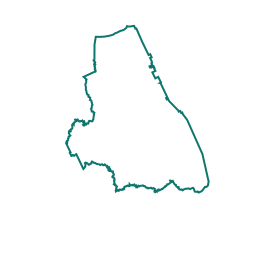 the district of Bellingen, New South Wales, Australia, rotated 236°
{"feature_id": "25037944B1782787006296", "entity_name": "Bellingen", "entity_type": "district", "adm_level": 2, "iso_a3": "AUS", "parent_name": "Australia", "parent_adm1": "New South Wales", "projection": "albers", "projection_center": [152.743, -30.374], "detail": "fine", "context": "isolated", "style": "outline", "palette": "teal", "viewbox_px": 256, "rotation_deg": 236, "n_neighbors": 0, "source": "geoboundaries", "source_scale": "gbopen_adm2", "svg_char_len": 5702}
<svg xmlns="http://www.w3.org/2000/svg" viewBox="0 0 256 256"><g transform="rotate(236 128 128)"><path d="M39.6,165.3L64.7,175.1L101.6,181.6L108.4,181.2L110.5,181.6L110.6,180.5L113.0,180.8L113.2,179.2L114.7,179.4L127.5,177.1L129.8,177.5L130.0,176.1L131.5,176.4L131.2,177.7L147.0,180.1L147.4,179.7L147.3,180.8L153.5,181.6L153.9,178.4L160.5,179.3L160.0,182.6L162.9,183.0L162.8,183.4L165.0,183.8L165.2,182.3L164.9,182.3L165.1,181.1L165.8,181.2L166.0,180.1L167.1,180.3L166.6,183.3L168.5,183.6L168.7,183.9L168.5,184.0L168.6,184.3L169.4,184.5L169.6,184.9L173.7,185.5L173.4,187.1L176.8,187.7L177.0,185.9L191.8,188.0L205.9,190.6L206.4,190.1L206.4,189.7L208.9,190.1L209.0,189.9L209.4,190.0L211.1,186.2L212.2,184.7L213.0,184.1L212.0,182.8L211.7,179.8L212.2,177.5L212.8,175.9L213.2,172.2L213.8,169.9L213.6,168.6L214.1,166.5L215.1,163.6L217.0,159.4L219.2,155.8L221.6,152.3L215.9,146.9L203.2,138.2L203.4,137.4L203.0,137.1L202.2,137.3L201.4,137.2L201.2,137.5L200.6,137.5L200.4,137.1L200.5,136.8L200.0,135.7L199.6,135.4L199.0,135.5L198.9,135.7L198.5,135.3L198.4,135.5L198.2,135.1L197.8,135.0L197.6,134.7L197.1,134.7L196.7,134.3L195.9,134.3L195.8,134.2L196.0,133.8L195.2,133.2L194.5,133.1L194.3,133.2L194.2,133.0L193.8,132.9L193.4,133.2L193.5,133.0L193.4,132.8L193.3,133.0L193.0,132.8L192.9,132.6L193.2,132.4L195.2,119.8L191.4,120.8L191.1,120.4L191.1,119.9L189.7,119.3L188.7,118.3L188.5,117.6L188.0,117.0L185.3,115.9L183.2,114.4L182.0,114.3L181.0,113.6L179.9,113.4L179.5,113.1L179.0,112.9L177.8,113.3L177.6,113.7L176.8,113.5L176.4,112.8L175.8,112.7L175.0,113.4L174.3,113.6L174.0,113.2L172.9,112.7L172.6,112.2L171.9,112.7L170.9,112.9L170.1,112.3L169.4,112.3L168.3,111.7L167.0,111.5L166.8,110.6L164.9,109.2L164.9,108.6L164.4,107.9L162.6,107.7L162.0,107.2L161.1,108.3L160.3,108.2L159.8,108.5L159.7,107.9L159.3,107.6L158.5,107.8L156.0,105.2L154.6,104.2L154.4,103.4L153.7,102.8L153.6,102.0L153.9,101.7L154.0,101.3L154.4,101.2L155.2,100.5L155.6,99.7L155.4,99.2L154.9,98.9L154.7,98.2L153.9,97.5L154.5,96.6L155.4,96.0L155.1,96.1L155.1,95.7L154.9,95.7L154.7,95.3L154.3,95.1L154.8,94.1L154.5,93.4L154.6,92.9L155.0,92.5L155.4,92.5L155.2,92.9L155.7,93.2L155.8,94.0L156.2,93.6L156.6,94.8L157.6,95.3L158.3,95.4L158.4,95.1L157.9,94.1L158.4,93.9L159.5,94.2L159.4,93.7L160.0,93.3L160.2,92.8L160.2,92.0L160.5,91.9L160.5,91.4L160.6,91.2L162.1,91.1L162.4,90.0L163.3,90.7L163.8,89.4L164.3,89.3L164.5,88.8L163.6,88.6L163.1,88.8L162.6,88.5L162.5,88.1L162.7,86.4L162.4,86.2L162.2,85.7L161.7,85.5L161.6,85.0L161.2,84.8L162.2,84.4L162.1,84.2L161.6,84.2L161.6,83.2L160.9,83.0L159.4,82.1L158.6,81.2L158.8,80.1L158.5,79.7L158.6,79.2L157.3,78.8L157.2,78.5L157.8,78.0L158.2,78.1L158.4,77.8L158.2,77.1L157.7,76.6L156.9,76.5L156.5,76.0L155.8,76.0L155.1,75.7L153.9,75.9L153.7,74.6L154.0,73.9L152.9,73.1L152.8,72.3L151.5,71.7L151.1,70.6L151.5,70.1L151.0,69.4L149.8,69.4L149.4,69.1L149.9,68.6L150.0,68.2L139.9,66.7L140.0,65.9L136.5,65.4L136.2,66.6L136.6,66.9L136.4,67.3L135.5,67.5L135.0,67.9L135.3,69.7L135.2,70.5L119.0,68.1L119.5,70.0L120.0,71.0L121.7,72.5L122.3,72.7L122.9,72.6L123.1,73.0L123.0,73.6L122.5,74.0L121.2,74.7L119.6,74.8L119.3,75.2L119.2,75.8L119.5,76.4L119.3,76.7L119.4,77.1L119.1,77.5L119.6,78.4L120.0,78.6L120.4,79.3L119.8,79.8L119.1,79.8L118.5,80.0L118.4,80.4L117.9,80.6L117.1,81.4L116.0,81.7L113.7,84.0L112.8,84.3L112.8,85.1L112.4,86.3L111.2,86.5L110.8,86.9L110.7,87.2L110.8,87.5L110.8,88.4L109.3,88.5L108.3,89.6L107.4,89.2L107.1,88.6L106.7,88.6L106.2,89.2L106.1,89.4L106.5,89.9L106.1,90.5L105.8,90.2L105.2,90.1L105.6,89.9L105.3,89.4L104.6,89.4L104.5,89.6L103.9,89.6L104.0,89.2L104.7,88.6L104.6,88.4L103.8,88.2L103.6,88.5L102.9,88.4L102.3,89.0L102.8,90.0L101.6,89.8L100.3,90.5L100.7,90.9L100.6,91.1L100.0,91.0L99.3,90.5L97.5,90.4L96.6,89.4L96.8,89.0L96.5,88.8L96.6,88.2L96.2,87.6L95.0,88.0L94.3,88.6L93.9,88.6L92.5,87.9L92.5,87.2L92.1,86.8L91.4,86.8L91.0,86.4L90.2,86.2L89.3,84.9L88.2,86.0L87.8,85.9L87.6,85.3L87.1,85.6L86.2,85.6L85.7,86.1L84.6,84.4L83.7,84.0L83.1,82.9L82.2,82.5L82.2,83.1L83.2,84.4L82.0,84.4L81.2,84.9L81.1,85.6L81.7,85.8L81.8,86.4L81.3,86.8L81.2,87.3L80.3,87.8L80.4,89.6L80.1,89.7L79.7,89.5L79.4,90.4L79.5,90.8L80.4,91.2L81.1,91.8L81.0,93.1L80.6,93.6L80.8,94.1L80.5,94.6L80.6,95.3L80.5,95.6L80.2,95.9L79.4,96.1L79.1,96.8L80.5,97.9L79.2,98.0L79.0,98.6L78.1,99.3L78.3,99.8L78.2,100.4L77.7,100.8L76.9,100.9L77.3,101.7L76.0,101.8L75.8,102.6L75.5,102.4L75.0,102.6L74.9,101.8L74.3,101.7L74.3,102.0L73.7,102.5L74.3,103.2L74.3,104.4L74.1,104.4L73.8,104.0L73.3,104.4L73.3,105.3L72.3,107.8L72.0,108.0L71.8,108.4L71.2,108.4L70.7,109.2L70.4,109.2L69.9,109.6L68.9,109.5L68.0,110.4L67.5,110.3L66.9,110.7L66.9,111.3L66.3,111.6L65.6,113.7L65.3,114.0L64.5,114.0L64.1,114.2L64.0,115.4L63.4,115.6L63.2,116.0L62.4,116.2L61.6,115.3L61.1,115.5L60.4,114.3L59.6,114.6L59.9,115.5L60.2,115.7L60.2,116.2L59.2,116.4L59.7,116.9L59.5,117.3L60.0,117.8L60.1,118.8L59.3,119.6L58.9,119.7L58.7,119.5L58.6,120.4L58.4,120.9L58.6,121.8L58.1,122.4L58.4,123.2L58.4,123.9L58.6,124.1L58.5,125.1L58.6,125.6L58.5,125.8L59.0,126.3L58.9,126.9L58.6,127.1L58.7,127.8L59.0,128.2L59.0,129.2L59.2,129.3L58.8,129.7L58.9,133.2L60.8,133.5L60.7,133.7L59.9,134.4L59.2,135.5L58.6,135.2L58.6,135.5L55.4,135.1L54.7,135.3L54.4,135.8L54.1,135.9L52.9,135.4L52.3,135.5L51.4,136.0L50.9,136.8L50.1,136.0L49.3,136.5L48.7,136.2L48.3,136.6L47.8,136.6L47.2,137.4L47.0,138.2L46.0,138.3L45.7,138.5L45.9,139.7L45.5,141.7L44.6,143.1L44.1,144.4L42.7,145.2L42.1,148.4L41.5,148.6L40.3,148.5L38.7,147.9L37.7,147.9L36.7,149.3L36.4,150.2L35.8,150.2L35.7,150.5L35.0,150.5L34.4,153.7L34.8,155.2L35.3,156.4L35.3,156.7L36.1,158.9L36.0,159.3L35.5,159.5L35.3,160.0L35.4,161.3L35.8,162.3L36.3,162.9L36.7,163.0L37.9,164.4L39.2,165.3L39.6,165.3Z" fill="none" stroke="#0f766e" stroke-width="2"/></g></svg>